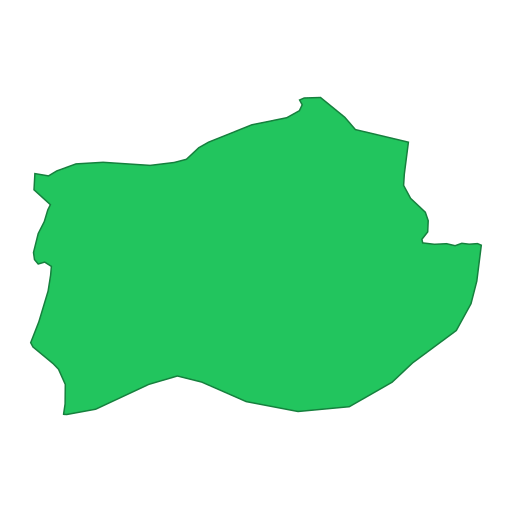 the Municipality of Ilirska Bistrica
{"feature_id": "SVN-954", "entity_name": "Ilirska Bistrica", "entity_type": "Municipality", "adm_level": 1, "iso_a3": "SVN", "parent_name": "Slovenia", "parent_adm1": "", "projection": "orthographic", "projection_center": [14.269, 45.573], "detail": "fine", "context": "isolated", "style": "filled", "palette": "green", "viewbox_px": 512, "rotation_deg": 0, "n_neighbors": 0, "source": "natural_earth", "source_scale": "10m", "svg_char_len": 966}
<svg xmlns="http://www.w3.org/2000/svg" viewBox="0 0 512 512"><path d="M481.3,245.2L476.8,281.1L471.0,303.7L456.3,330.5L412.7,362.8L392.1,382.2L349.3,406.7L298.0,411.5L246.2,401.6L201.8,382.1L177.3,376.0L148.7,384.4L95.7,409.2L66.8,414.5L64.2,414.4L63.6,414.3L63.6,414.0L65.1,404.0L65.3,384.4L58.5,369.2L53.3,363.8L33.0,347.0L30.7,342.7L38.9,321.7L48.1,291.1L50.6,275.4L51.4,266.4L44.7,262.1L38.2,264.0L34.5,259.6L33.5,252.5L38.2,233.6L44.3,221.6L47.8,209.9L50.4,204.7L34.0,189.8L34.9,173.6L48.5,175.9L56.8,170.9L76.0,163.9L103.1,162.3L150.1,165.4L174.1,162.5L186.4,159.3L198.8,147.7L208.5,142.2L251.8,124.8L286.8,117.7L299.4,110.7L302.2,104.8L299.6,100.0L304.2,98.0L320.5,97.5L344.8,117.3L355.4,129.6L408.4,142.2L404.3,174.2L403.6,185.4L410.6,198.4L425.3,212.2L428.2,220.7L427.7,231.9L421.9,239.3L422.7,242.9L434.4,244.3L446.6,243.7L455.1,245.7L461.8,243.3L469.2,244.2L477.5,243.6L480.8,245.0L481.3,245.2Z" fill="#22c55e" stroke="#15803d" stroke-width="1.5"/></svg>